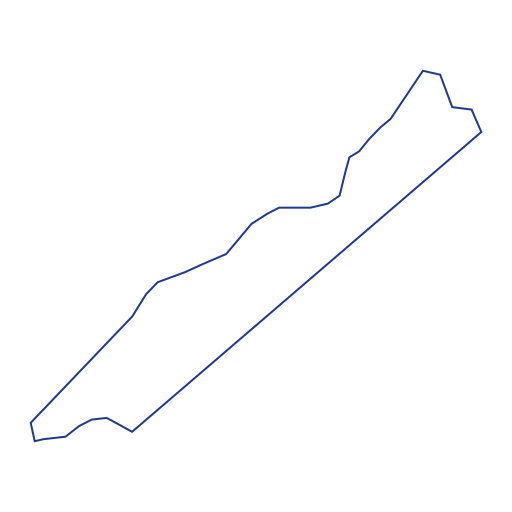 Toraille, Soufrière, Saint Lucia
{"feature_id": "8701671B26291709137074", "entity_name": "Toraille", "entity_type": "district", "adm_level": 2, "iso_a3": "LCA", "parent_name": "Saint Lucia", "parent_adm1": "Soufrière", "projection": "orthographic", "projection_center": [-61.033, 13.858], "detail": "fine", "context": "isolated", "style": "outline", "palette": "blue", "viewbox_px": 512, "rotation_deg": 0, "n_neighbors": 0, "source": "geoboundaries", "source_scale": "gbopen_adm2", "svg_char_len": 526}
<svg xmlns="http://www.w3.org/2000/svg" viewBox="0 0 512 512"><path d="M422.9,70.8L390.5,119.0L380.7,127.1L369.0,139.2L359.2,151.3L349.4,157.3L345.5,171.4L339.6,195.6L327.9,203.6L310.3,207.7L279.0,207.7L267.3,213.7L251.6,223.8L226.2,254.0L202.7,264.1L185.1,272.1L157.7,282.2L146.0,294.3L132.3,316.4L30.7,422.8L34.7,441.2L43.3,439.2L65.5,436.7L79.0,426.1L91.7,419.6L106.7,417.9L121.8,426.1L132.1,431.8L477.7,135.1L481.3,132.0L471.6,109.6L452.2,107.1L440.2,74.7L422.9,70.8Z" fill="none" stroke="#1e3a8a" stroke-width="2"/></svg>